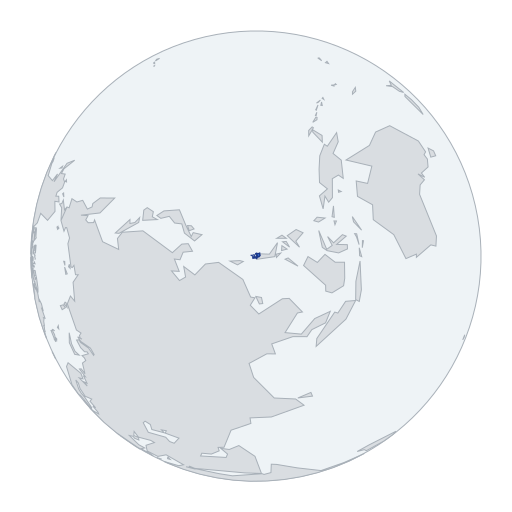 the Earth from above Cagayan, rotated 260°
{"feature_id": "PHL-2545", "entity_name": "Cagayan", "entity_type": "Province", "adm_level": 1, "iso_a3": "PHL", "parent_name": "Philippines", "parent_adm1": "", "projection": "orthographic", "projection_center": [121.637, 18.548], "detail": "fine", "context": "on_globe", "style": "filled", "palette": "blue", "viewbox_px": 512, "rotation_deg": 260, "n_neighbors": 0, "source": "natural_earth", "source_scale": "10m", "svg_char_len": 11542}
<svg xmlns="http://www.w3.org/2000/svg" viewBox="0 0 512 512"><g transform="rotate(260 256 256)"><circle cx="256" cy="256" r="225" fill="#eef3f6" stroke="#a8b0b8"/><path d="M440.3,351.2L440.1,352.6L439.8,352.9L440.3,351.2ZM388.7,74.0L388.4,73.7L388.9,74.2L371.3,65.3L365.6,68.6L371.3,74.8L364.2,70.0L380.1,86.0L381.8,94.1L375.2,82.0L371.0,78.7L369.8,82.3L365.3,79.8L362.1,80.4L356.7,77.3L353.3,71.2L349.7,69.3L349.1,72.1L343.4,71.4L344.8,67.4L334.8,65.8L327.3,56.9L335.4,51.4L326.6,46.4L322.9,41.3L318.6,40.2L314.5,38.6L308.1,36.9L309.3,37.1L303.2,35.8L303.3,36.0L300.7,35.6L297.0,34.9L297.8,34.7L299.8,35.1L298.0,34.7L300.0,35.1L296.9,34.5L297.3,34.5L313.6,38.2L329.6,43.1L345.2,49.1L360.3,56.3L374.8,64.6L388.7,74.0ZM293.0,33.8L291.4,33.5L290.4,33.4L293.0,33.8ZM467.4,195.4L465.5,190.8L467.0,192.3L467.4,195.4ZM464.1,189.0L464.8,190.3L464.2,189.4L464.1,189.0ZM463.5,189.0L464.0,189.0L463.6,189.5L463.5,189.0ZM462.8,189.7L463.1,189.1L463.2,189.4L462.8,189.7ZM461.1,189.2L460.6,188.9L460.7,187.9L461.1,189.2ZM392.7,77.0L389.9,75.1L388.9,74.1L389.7,74.7L392.7,77.0ZM384.3,72.5L382.5,70.9L388.0,74.3L387.3,74.1L384.3,72.5ZM376.4,80.2L376.5,78.2L378.0,81.1L376.4,80.2ZM362.6,81.1L364.0,82.5L361.8,82.3L362.6,81.1ZM351.5,77.5L347.4,77.0L350.9,76.4L351.5,77.5ZM344.6,76.0L334.7,75.4L337.1,78.4L324.8,70.1L337.3,73.0L341.3,71.6L341.4,73.9L344.6,76.0ZM305.0,36.4L304.7,36.1L308.5,37.2L305.0,36.4ZM308.1,37.3L323.5,42.2L322.2,42.7L317.3,40.7L318.4,42.4L310.1,40.2L307.7,38.7L310.2,38.7L305.2,38.0L308.1,37.3ZM319.6,66.0L316.8,65.2L319.1,65.0L319.6,66.0ZM300.0,35.6L303.2,36.3L302.3,36.8L295.7,35.4L298.1,35.6L300.0,35.6ZM322.7,44.2L320.8,44.5L313.6,42.7L312.0,42.7L309.8,40.2L322.7,44.2ZM296.4,35.2L292.3,34.7L289.3,34.0L296.8,34.9L296.4,35.2ZM304.8,37.5L304.1,37.8L302.3,37.1L304.8,37.5ZM276.4,31.8L280.3,32.2L280.2,32.4L276.4,31.8ZM291.0,34.7L292.1,34.9L292.4,35.2L289.2,34.8L291.0,34.7ZM304.9,39.3L302.3,38.6L305.4,40.2L300.2,39.2L299.7,37.9L297.7,38.1L296.1,37.8L297.5,37.1L304.9,39.3ZM287.1,35.3L284.7,33.8L277.5,32.7L277.4,32.4L289.0,34.3L287.1,35.3ZM293.1,36.3L289.4,35.5L291.2,35.4L294.9,35.8L293.1,36.3ZM296.8,39.2L305.0,41.0L304.8,41.3L296.8,39.2ZM284.6,34.9L285.3,35.3L283.9,34.9L284.6,34.9ZM292.7,37.8L295.6,38.3L295.3,38.6L292.7,37.8ZM284.1,35.9L283.3,35.3L285.8,35.5L284.1,35.9ZM287.7,36.8L286.7,37.1L287.2,35.9L289.1,36.9L287.7,36.8ZM291.9,38.0L292.7,38.4L290.7,37.8L291.9,38.0ZM275.2,35.9L275.2,34.3L280.7,34.6L279.9,36.0L275.2,35.9ZM67.3,133.0L69.7,129.6L62.9,143.5L63.0,148.4L75.8,133.0L75.7,124.5L82.9,115.0L88.7,114.8L89.9,123.6L92.7,120.3L98.0,108.8L104.4,105.5L100.5,104.5L97.6,108.8L95.1,108.7L97.6,104.8L99.8,103.6L101.2,100.1L90.5,107.8L86.3,113.1L86.2,109.4L79.2,118.0L77.0,120.1L88.0,106.4L91.6,102.7L106.9,87.2L103.2,90.4L118.6,77.4L135.2,65.9L133.2,67.3L143.5,61.4L143.8,61.7L137.6,64.8L132.2,68.3L127.8,73.6L129.5,73.3L136.5,69.3L134.4,71.7L141.8,67.3L143.6,69.4L147.6,63.4L156.0,59.7L161.8,59.0L165.2,57.0L155.8,58.3L151.4,60.0L146.5,62.9L135.1,67.9L134.7,67.2L149.4,58.8L150.4,57.4L161.4,52.4L180.1,50.2L183.5,52.4L170.8,63.2L165.0,64.3L166.7,60.7L157.2,67.2L161.7,65.1L160.0,67.5L167.6,65.4L166.7,67.0L175.4,62.5L175.2,64.3L169.7,67.1L180.7,66.5L182.6,70.2L185.5,69.3L188.1,67.4L188.8,73.9L190.9,73.0L191.5,70.5L196.1,67.4L204.4,64.7L204.2,67.0L201.2,68.3L194.4,75.1L186.3,78.8L187.1,79.5L194.1,76.9L202.3,68.6L207.4,66.4L204.3,70.2L205.8,68.6L208.3,68.3L210.5,70.3L214.3,66.3L241.7,61.9L248.8,66.3L243.0,69.6L261.9,71.3L268.4,77.6L268.9,75.0L278.4,75.1L276.5,73.0L277.4,71.9L300.8,72.9L306.1,75.5L316.8,74.5L317.1,73.4L313.7,71.2L324.8,70.1L337.1,78.4L335.9,80.3L344.4,84.7L340.3,89.0L340.9,95.0L331.5,98.1L332.8,103.1L336.0,104.4L340.2,112.7L337.6,126.9L325.5,109.8L326.6,90.7L324.9,97.6L321.1,94.6L317.9,96.5L317.1,101.9L319.6,103.3L296.7,107.4L286.3,121.9L297.3,122.6L302.6,128.5L300.4,149.0L273.8,174.2L280.6,185.0L279.9,191.4L271.7,194.3L272.4,184.9L265.5,180.5L267.2,175.1L254.2,177.7L256.0,170.2L245.1,176.4L247.5,183.0L258.2,183.0L248.0,192.5L256.9,204.8L256.2,218.1L235.2,239.0L216.5,243.6L215.0,247.7L208.5,241.8L198.4,248.7L209.3,274.5L208.5,281.3L192.8,292.0L192.7,286.9L175.5,271.3L171.2,287.1L184.2,303.0L188.6,319.5L178.1,312.9L173.8,298.2L167.7,292.2L170.2,278.3L166.7,256.2L156.2,258.1L157.8,249.7L151.4,230.5L136.8,232.6L113.0,249.3L108.3,270.2L100.7,277.4L94.8,243.2L97.6,222.0L92.0,221.9L88.8,201.2L73.2,191.3L74.1,185.4L70.5,185.9L68.7,177.7L71.2,168.4L68.7,166.7L62.8,191.6L65.9,193.6L72.7,187.9L70.1,196.1L72.3,206.2L58.9,220.2L40.9,223.6L44.3,207.5L57.5,158.8L60.0,154.9L60.3,154.4L60.7,153.4L56.6,159.4L60.6,150.5L48.0,182.0L43.6,194.7L40.5,224.3L39.5,226.0L40.1,233.1L48.3,234.9L47.2,240.0L40.1,260.1L33.4,282.8L37.3,306.7L41.9,325.4L42.7,328.4L37.8,312.1L34.2,295.5L31.9,278.7L30.8,261.7L31.0,244.8L32.5,227.9L35.2,211.1L39.2,194.6L44.5,178.5L50.9,162.8L58.5,147.6L67.3,133.0ZM102.7,90.9L88.4,105.8L90.2,103.6L85.8,108.4L88.7,105.1L90.4,103.3L91.2,102.5L102.7,90.9ZM85.8,142.9L90.0,148.5L97.3,135.9L99.5,137.3L101.2,132.7L97.8,135.0L103.2,123.3L108.4,122.7L112.6,118.1L111.4,116.0L101.1,119.3L93.2,135.6L88.3,138.7L85.8,142.9ZM197.2,38.5L193.7,39.6L189.3,40.8L189.6,40.7L197.2,38.5ZM283.7,32.4L294.1,34.0L292.3,34.0L288.0,33.6L285.0,33.2L287.1,33.2L281.6,32.6L282.4,32.4L278.3,32.0L272.9,31.4L283.7,32.4ZM251.5,30.8L252.9,30.7L251.7,30.8L256.2,31.3L265.6,31.7L267.4,32.2L263.2,32.1L268.0,32.7L261.3,33.0L262.5,33.5L257.0,34.6L248.2,34.6L250.2,35.2L246.1,36.4L238.6,36.9L242.4,35.7L231.4,37.4L232.2,36.0L230.9,36.3L228.5,35.6L223.5,35.5L224.9,34.9L222.3,35.2L220.7,35.0L217.6,35.3L219.1,34.5L215.4,34.9L218.2,34.4L211.5,35.4L217.1,34.4L215.6,34.5L211.0,35.4L215.7,34.4L233.5,31.8L251.5,30.8ZM273.4,36.1L262.6,35.7L257.8,35.0L269.3,33.5L269.1,33.1L276.3,32.8L283.2,34.0L280.5,33.9L279.5,34.1L277.8,33.6L278.4,34.2L274.7,34.3L274.2,34.8L270.9,34.5L273.4,36.1ZM137.5,65.1L137.4,65.5L135.7,66.6L133.6,67.7L137.5,65.1ZM206.2,44.0L209.2,42.8L210.2,42.9L218.3,41.2L218.3,42.5L213.5,44.0L206.2,44.0ZM73.2,134.4L70.6,136.2L71.7,133.8L72.4,133.7L73.2,134.4ZM74.8,123.3L72.3,127.9L73.9,124.4L74.8,123.3ZM207.7,45.1L211.0,44.2L208.9,45.4L207.7,45.1ZM218.8,43.4L217.2,44.7L219.3,42.5L218.8,43.4ZM137.5,445.0L142.2,447.9L140.0,447.0L137.5,445.0ZM50.3,334.4L59.1,363.4L56.6,360.2L51.5,349.6L45.1,330.9L46.5,329.0L45.9,321.7L50.3,334.4ZM245.7,362.1L252.7,363.5L252.4,364.5L245.7,362.1ZM238.3,358.1L246.2,359.1L237.0,360.0L238.3,358.1ZM249.3,359.5L257.4,358.3L260.9,357.0L260.4,359.0L249.3,359.5ZM233.0,357.6L204.4,353.9L193.3,349.8L195.8,346.6L213.8,350.0L233.0,357.6ZM194.9,346.4L178.2,333.6L156.5,299.5L164.2,301.6L187.1,323.8L185.6,326.7L195.8,336.4L194.9,346.4ZM236.1,332.9L234.5,342.1L218.6,339.5L211.5,337.1L206.5,324.4L209.3,318.6L215.1,319.5L238.4,301.2L246.4,307.1L239.0,315.3L245.6,324.2L236.1,332.9ZM108.9,272.5L112.1,286.4L108.2,287.3L108.9,272.5ZM248.5,287.3L238.7,295.6L247.8,284.1L248.5,287.3ZM254.3,276.1L254.6,280.9L251.0,275.9L254.3,276.1ZM214.2,254.2L208.0,254.4L208.2,251.0L216.2,248.8L214.2,254.2ZM255.5,229.5L254.3,239.3L252.8,242.5L250.5,236.3L255.5,229.5ZM212.9,58.7L201.6,59.1L193.6,61.2L189.1,64.7L190.6,60.4L203.0,57.1L212.9,58.7ZM238.2,61.0L242.1,58.6L243.7,60.0L243.0,60.8L238.2,61.0ZM238.2,59.3L236.8,55.8L241.1,54.7L241.4,57.6L238.2,59.3ZM221.8,49.2L218.4,49.1L220.1,48.0L221.8,49.2ZM387.2,430.4L389.5,430.7L383.0,436.2L374.3,442.1L366.3,445.2L387.2,430.4ZM323.5,450.4L323.0,445.3L332.4,444.2L328.7,449.1L323.5,450.4ZM393.3,425.8L399.1,419.9L401.1,413.7L400.6,418.9L405.3,417.6L391.4,429.8L393.3,425.8ZM288.3,427.8L244.4,437.2L234.5,434.9L236.6,430.1L226.8,413.7L230.0,414.3L227.4,403.2L253.1,395.4L271.4,377.8L286.2,379.7L297.1,366.3L312.5,367.7L308.1,378.5L324.4,385.7L334.9,361.3L345.2,386.9L357.3,395.3L361.1,410.3L341.0,435.9L329.1,441.1L326.6,439.1L321.7,441.6L313.8,440.9L309.0,433.3L304.2,435.8L308.7,429.8L301.8,435.1L297.5,430.0L288.3,427.8ZM398.6,379.1L401.0,379.5L404.8,383.1L401.0,382.9L398.6,379.1ZM434.3,358.0L435.4,359.7L432.9,360.9L434.3,358.0ZM439.8,352.9L436.9,354.6L440.3,351.2L439.8,352.9ZM410.8,362.7L411.9,364.1L411.0,364.8L410.8,362.7ZM409.8,362.3L411.2,359.6L411.0,362.2L409.8,362.3ZM398.4,350.0L399.8,348.5L400.5,349.4L398.4,350.0ZM263.1,364.5L272.7,358.0L278.1,357.7L263.1,364.5ZM396.3,347.3L392.7,347.4L393.1,346.0L396.3,347.3ZM396.5,344.0L396.1,342.1L398.4,346.5L396.5,344.0ZM389.6,340.2L394.0,343.3L389.1,340.7L389.6,340.2ZM387.0,340.9L383.8,339.6L384.1,338.9L387.0,340.9ZM351.7,345.3L363.5,356.8L354.2,356.8L343.6,349.7L335.6,356.6L317.3,355.4L321.4,351.2L318.9,344.6L300.2,341.4L296.4,336.9L303.0,334.3L290.8,330.3L304.2,328.9L309.7,338.0L317.3,331.3L330.6,333.2L343.6,336.2L354.2,342.7L351.7,345.3ZM304.4,348.4L306.7,348.5L304.7,351.1L304.4,348.4ZM377.8,335.1L382.4,339.1L381.9,340.2L379.6,339.7L377.8,335.1ZM356.6,341.1L368.0,333.5L370.7,333.5L363.2,342.0L356.6,341.1ZM365.2,328.8L370.5,329.7L373.4,333.7L372.3,334.8L365.2,328.8ZM277.0,338.9L276.5,341.3L273.1,339.2L277.0,338.9ZM281.5,337.7L291.9,341.0L280.5,339.8L281.5,337.7ZM250.3,326.8L253.2,332.9L262.7,329.9L255.5,334.7L262.0,344.8L259.9,348.3L253.4,337.4L251.3,347.9L247.1,347.3L244.7,337.9L248.9,327.0L253.0,322.8L270.2,322.2L250.3,326.8ZM281.4,330.6L278.6,323.5L280.7,319.1L283.6,322.9L281.4,330.6ZM270.7,306.4L263.7,297.8L257.1,300.4L270.6,290.3L275.1,300.1L270.7,306.4ZM265.1,288.3L258.9,290.6L265.4,284.6L265.1,288.3ZM257.4,287.8L256.9,282.1L261.7,283.3L257.4,287.8ZM268.2,288.9L269.8,279.5L272.0,285.2L268.2,288.9ZM255.5,269.5L265.4,279.5L252.1,274.4L252.6,256.2L258.3,256.3L255.5,269.5ZM293.4,199.7L292.5,194.6L297.9,193.9L297.0,197.6L293.4,199.7ZM314.8,188.6L299.1,192.1L286.4,195.6L289.9,198.2L286.4,206.5L281.5,198.1L291.0,189.5L300.5,188.5L302.6,181.6L310.1,177.5L309.6,168.8L313.1,165.4L316.4,173.2L314.8,188.6ZM309.0,165.2L310.8,150.6L320.7,153.5L322.5,157.3L317.5,162.6L312.6,160.7L309.0,165.2ZM314.1,148.1L309.4,146.3L302.1,125.0L303.1,121.4L313.8,138.2L309.9,137.5L310.0,142.5L314.1,148.1ZM317.3,66.6L316.8,65.4L319.0,66.6L317.3,66.6ZM276.2,70.8L277.9,69.5L280.3,70.7L276.2,70.8ZM283.9,66.7L279.9,66.2L284.2,65.7L283.9,66.7ZM271.0,65.5L278.4,65.6L271.2,67.0L271.0,65.5Z" fill="#d9dde1" stroke="#a8b0b8" stroke-width="1"/><path d="M253.6,255.8L253.7,255.7L253.8,255.7L254.0,255.6L254.3,255.7L254.3,255.8L254.5,255.9L254.6,256.0L255.0,256.2L255.2,256.3L255.5,256.5L255.8,256.6L256.0,256.8L256.0,256.7L256.1,256.8L256.8,257.0L257.0,257.1L257.3,257.0L257.5,256.9L257.6,256.7L257.8,256.6L257.8,256.4L257.9,256.2L258.1,256.1L258.3,256.2L258.3,256.3L258.3,256.5L258.5,256.6L258.6,256.8L258.5,257.0L258.4,257.3L258.3,257.5L258.2,257.6L258.0,257.8L258.0,258.0L257.9,258.9L257.9,259.0L257.9,259.3L257.9,259.6L258.0,259.7L258.1,260.0L256.9,260.0L256.7,260.0L256.2,260.0L255.9,260.0L255.9,259.9L255.7,259.9L255.6,259.7L255.3,259.4L255.2,259.3L255.2,259.2L255.1,258.9L254.9,258.9L254.9,258.7L255.0,258.6L255.0,258.4L255.3,257.8L255.4,257.6L255.4,257.4L255.4,257.2L254.7,256.5L254.5,256.4L254.1,256.3L254.0,256.2L253.9,256.1L253.7,256.2L253.7,256.3L253.5,256.0L253.6,255.8L253.6,255.8ZM255.6,253.0L255.4,253.2L255.2,253.1L255.1,252.9L254.9,252.8L254.9,252.7L255.0,252.7L255.3,252.7L255.5,252.7L255.6,252.9L255.6,253.0ZM257.2,254.3L257.3,254.3L257.2,254.5L256.9,254.8L256.7,254.9L256.8,254.8L256.8,254.7L256.9,254.4L256.9,254.2L257.0,254.2L257.2,254.3L257.2,254.3ZM255.1,254.6L255.3,254.6L255.2,254.8L254.8,254.8L254.7,254.8L254.7,254.7L254.9,254.6L255.1,254.6ZM254.4,253.5L254.5,253.6L254.5,253.8L254.6,254.0L254.4,254.0L254.3,253.9L254.4,253.6L254.4,253.5ZM257.3,252.0L257.3,252.3L257.2,252.3L257.1,252.2L257.3,252.0Z" fill="#3b82f6" stroke="#1e3a8a" stroke-width="1.5"/></g></svg>